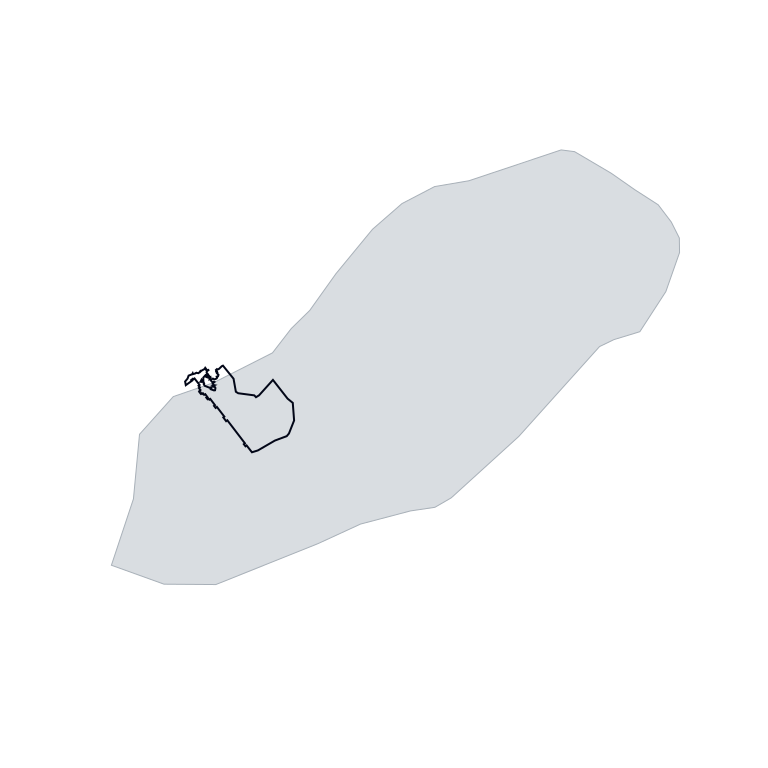 location of 74, Al Khawr, Qatar, rotated 232°
{"feature_id": "91078587B87151067735171", "entity_name": "74", "entity_type": "district", "adm_level": 2, "iso_a3": "QAT", "parent_name": "Qatar", "parent_adm1": "Al Khawr", "projection": "equal_earth", "projection_center": [51.544, 25.65], "detail": "medium", "context": "in_parent", "style": "outline", "palette": "ink", "viewbox_px": 768, "rotation_deg": 232, "n_neighbors": 0, "source": "geoboundaries", "source_scale": "gbopen_adm2", "svg_char_len": 2434}
<svg xmlns="http://www.w3.org/2000/svg" viewBox="0 0 768 768"><g transform="rotate(232 384 384)"><path d="M410.2,692.8L382.5,701.3L356.4,710.4L334.7,710.1L317.2,706.6L305.6,697.8L283.3,663.0L267.7,617.8L277.4,592.6L280.8,576.9L259.7,458.0L252.9,366.9L255.5,348.2L267.7,326.7L288.1,279.2L298.9,233.5L329.5,128.0L361.7,87.4L409.0,57.6L447.7,115.8L494.9,160.4L503.8,210.2L489.9,250.7L477.2,315.3L484.8,345.1L487.7,370.8L500.5,414.0L513.0,470.2L515.1,509.3L508.4,545.5L491.9,576.0L459.4,667.7L449.8,677.2L410.2,692.8Z" fill="#d9dde1" stroke="#a8b0b8" stroke-width="1"/><path d="M455.6,299.0L452.0,278.6L452.4,275.0L454.9,274.8L466.5,263.4L469.1,262.5L480.8,268.7L497.6,268.4L497.9,267.2L497.5,263.2L497.9,261.7L498.6,261.5L498.5,260.2L496.8,259.8L497.9,258.7L496.4,260.0L495.5,259.7L495.3,259.0L493.1,259.2L492.3,258.0L492.8,256.7L491.7,256.4L491.4,255.4L492.0,253.2L493.6,252.5L494.1,249.7L490.6,249.9L490.7,251.1L490.0,251.5L489.9,249.4L488.2,249.0L487.5,249.6L487.8,248.4L487.0,249.2L486.3,248.7L486.9,248.3L486.4,248.3L486.1,248.9L484.6,248.7L483.1,247.0L483.6,246.1L486.5,244.3L487.3,245.8L488.0,244.5L493.0,241.6L495.0,241.9L495.0,242.5L496.5,243.0L497.4,242.4L497.9,242.9L497.8,241.7L498.6,240.9L498.6,242.1L499.3,242.0L499.7,242.8L498.4,242.6L498.0,243.8L500.3,245.5L500.9,249.0L499.4,249.9L498.9,249.4L499.5,248.2L499.1,248.2L496.6,249.8L496.3,251.0L495.9,250.5L496.0,251.3L500.3,251.0L500.4,252.2L500.4,250.9L502.2,251.2L503.0,252.2L503.1,255.1L503.4,252.5L504.1,252.5L503.7,253.2L504.3,253.1L504.3,253.6L504.3,253.0L504.9,253.1L505.1,253.9L505.1,252.7L506.3,251.8L506.3,253.1L506.8,253.1L506.3,251.8L507.0,247.5L508.2,247.4L506.8,247.4L506.7,246.5L507.9,246.3L506.8,246.4L506.8,244.4L508.4,242.9L509.3,243.1L508.4,242.8L508.5,241.7L509.4,239.5L510.2,239.8L509.8,238.8L510.9,235.2L509.2,232.5L508.4,228.8L505.1,227.1L504.8,234.5L505.8,234.5L505.8,236.5L505.0,236.5L505.0,238.1L496.8,238.1L496.8,236.8L494.8,236.8L494.8,235.7L492.5,235.7L492.5,234.9L491.7,234.9L491.7,233.6L489.0,233.6L489.0,234.6L488.1,234.6L488.1,235.6L486.2,235.6L486.0,236.9L482.7,236.8L482.7,235.6L480.7,235.6L480.7,236.7L479.2,236.7L479.2,237.9L471.4,237.8L471.4,236.6L468.8,236.6L468.8,238.2L456.6,238.1L456.6,236.8L451.9,236.7L451.9,238.2L422.9,237.9L422.9,236.5L420.2,236.5L420.2,237.9L411.5,237.9L409.3,243.7L406.6,263.2L402.8,275.3L403.5,278.6L410.6,290.7L425.3,300.5L431.8,299.0L455.6,299.0Z" fill="none" stroke="#020617" stroke-width="2"/></g></svg>